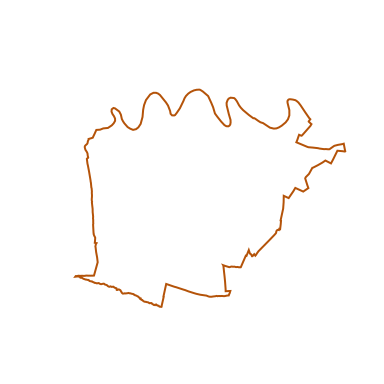 Ungheni, Iasi, Romania (orthographic projection), rotated 298°
{"feature_id": "2599482B66095426553968", "entity_name": "Ungheni", "entity_type": "district", "adm_level": 2, "iso_a3": "ROU", "parent_name": "Romania", "parent_adm1": "Iasi", "projection": "orthographic", "projection_center": [27.721, 47.204], "detail": "fine", "context": "isolated", "style": "outline", "palette": "amber", "viewbox_px": 384, "rotation_deg": 298, "n_neighbors": 0, "source": "geoboundaries", "source_scale": "gbopen_adm2", "svg_char_len": 5850}
<svg xmlns="http://www.w3.org/2000/svg" viewBox="0 0 384 384"><g transform="rotate(298 192 192)"><path d="M201.9,78.4L197.2,78.7L194.6,78.8L193.4,78.9L192.1,77.7L190.3,75.8L189.8,76.1L188.0,76.2L186.2,76.8L185.2,76.8L183.3,76.1L182.3,75.9L181.5,76.1L180.9,76.5L179.5,77.8L179.1,78.3L178.3,79.8L177.8,80.6L177.0,81.6L175.1,82.9L173.6,84.2L173.1,84.1L172.8,83.8L171.9,83.6L167.8,86.5L166.7,87.5L161.6,91.6L154.7,96.9L153.4,97.8L152.7,98.4L148.6,101.1L148.4,101.4L147.9,101.8L145.4,103.4L144.1,104.0L142.2,105.2L140.6,106.0L138.7,106.8L137.3,107.6L136.4,108.4L135.8,108.5L133.3,110.2L131.7,111.3L130.4,112.2L127.5,113.8L125.6,115.1L123.6,116.4L122.2,117.0L121.1,117.8L118.3,119.3L117.7,119.7L116.9,119.9L109.6,124.3L109.4,124.6L108.8,124.8L107.9,125.7L107.2,126.6L106.4,127.8L106.0,128.1L103.1,129.4L101.5,130.0L102.0,131.7L100.9,131.6L98.5,132.3L97.8,132.9L93.9,135.6L89.6,139.0L85.7,141.7L72.2,144.7L71.5,143.6L70.4,141.6L68.4,137.6L68.0,137.2L67.4,136.3L66.5,134.5L65.3,132.3L64.8,131.1L63.7,129.8L63.2,128.8L62.4,128.7L63.7,130.6L64.0,130.9L64.0,131.0L64.0,131.4L64.3,131.9L64.3,132.9L64.0,133.4L64.0,133.9L64.6,135.3L64.5,135.8L64.4,136.9L64.8,139.3L65.1,139.9L65.3,141.0L65.7,141.7L65.7,142.0L65.7,142.4L65.3,143.2L65.4,143.7L65.6,144.4L65.9,145.1L66.0,145.4L65.9,145.7L66.1,146.0L66.0,146.3L66.0,147.1L66.2,147.6L66.0,148.5L66.4,149.4L66.7,151.0L67.2,151.5L67.4,151.9L67.7,152.2L67.8,152.4L67.7,154.0L67.9,155.0L69.3,156.6L69.6,157.1L69.7,157.5L69.4,158.4L69.6,159.1L69.6,159.5L69.8,160.4L69.7,161.0L69.4,161.8L69.4,162.1L69.4,163.0L69.5,163.5L69.8,163.8L70.2,164.1L70.5,164.5L70.4,165.4L70.7,165.9L71.1,166.4L71.3,167.0L71.5,167.2L71.3,167.7L71.2,168.9L71.3,169.3L71.5,169.8L71.4,170.1L71.4,170.7L70.3,171.3L70.2,171.7L70.3,171.9L70.6,172.1L70.8,172.4L71.2,172.6L71.6,173.0L71.7,173.4L71.7,174.5L71.6,175.0L71.4,175.3L71.0,175.8L70.8,176.4L70.3,176.9L70.0,177.6L69.8,178.6L70.5,179.7L71.0,180.2L71.1,180.7L71.4,181.2L72.7,183.0L73.1,183.4L73.3,184.6L73.4,184.9L73.6,185.1L73.8,186.3L74.2,187.7L74.4,188.4L74.3,188.7L74.1,189.0L74.1,189.4L74.2,189.8L74.1,190.3L74.2,190.5L74.4,191.7L74.3,192.6L74.4,193.6L74.1,194.1L74.0,194.5L74.1,195.4L74.0,195.6L73.5,195.9L73.3,196.3L73.3,196.6L73.6,196.9L73.2,197.1L73.1,198.3L73.1,198.6L73.3,198.8L72.9,200.0L72.8,200.9L72.9,201.7L73.2,202.6L73.4,202.8L73.5,203.7L73.7,204.2L74.0,205.3L73.9,205.9L73.8,206.6L74.2,207.0L74.6,207.9L74.6,208.2L74.9,208.4L74.9,208.5L74.8,208.9L74.6,209.2L74.5,209.5L74.5,209.8L74.5,210.3L74.5,210.7L74.3,211.1L74.6,211.7L74.7,212.3L75.1,212.3L75.8,213.1L75.5,213.5L75.7,214.0L75.5,214.5L75.7,214.9L75.7,215.1L75.6,215.4L75.9,215.9L75.5,217.0L75.8,218.0L76.1,218.4L76.3,219.0L76.5,219.0L76.7,218.8L86.2,216.2L86.2,215.9L95.4,213.3L98.7,212.4L99.7,218.7L100.1,221.1L100.5,222.8L101.0,225.7L101.6,229.1L101.9,230.8L102.1,231.6L102.6,235.6L103.7,241.5L104.1,243.5L105.2,247.6L107.3,253.4L107.5,255.4L107.7,256.3L107.9,256.9L108.6,258.3L109.2,259.1L109.6,259.6L110.9,261.5L111.8,262.5L111.9,262.9L112.0,263.5L112.3,263.8L112.9,264.7L113.1,265.1L113.2,265.6L113.6,266.1L114.3,267.3L114.8,268.6L115.4,269.7L117.1,271.7L117.9,273.0L119.2,272.8L120.2,272.8L122.6,272.3L120.2,268.3L122.3,267.1L128.5,263.2L131.2,261.4L133.0,260.2L136.5,257.8L141.1,254.7L141.8,254.2L142.0,253.9L142.3,256.0L142.7,258.0L143.1,260.1L143.4,260.6L144.4,261.5L144.9,262.2L145.2,263.2L146.0,264.5L146.3,266.0L146.7,266.7L147.2,267.4L147.3,267.7L147.5,268.6L147.6,268.9L147.9,269.3L148.1,269.9L148.5,270.4L161.1,269.4L161.2,270.1L167.4,269.4L164.8,272.1L164.8,273.0L164.7,273.4L163.7,274.8L164.2,275.0L164.0,275.6L166.3,276.1L165.5,277.8L166.9,278.1L167.9,278.1L170.9,278.5L183.7,282.3L192.4,284.8L194.8,285.4L195.5,285.4L196.6,285.0L197.2,284.9L197.8,285.0L198.5,285.2L198.9,285.6L199.1,286.2L199.2,286.6L200.6,286.3L200.7,286.5L200.7,287.2L205.1,285.5L208.4,284.1L208.4,283.6L220.1,280.3L225.8,277.8L231.7,274.8L232.0,280.2L240.0,281.1L244.1,281.3L244.6,290.0L250.1,292.9L252.1,290.7L257.1,285.6L257.6,285.5L258.6,285.5L262.9,286.8L269.8,286.9L269.9,287.1L270.4,287.5L274.7,290.5L279.3,293.4L282.4,295.0L282.5,301.3L286.8,301.3L296.7,301.0L298.8,306.0L299.5,308.0L299.9,308.2L301.4,306.9L305.9,303.3L304.9,302.3L302.1,298.7L299.7,296.1L299.1,295.7L294.9,293.6L294.3,293.3L293.7,292.3L292.7,289.9L292.1,289.0L291.6,287.9L290.2,284.1L290.0,283.2L289.6,282.0L288.4,279.0L287.8,277.5L286.2,273.8L286.0,272.7L284.9,260.8L287.7,260.5L290.7,260.0L292.8,259.7L293.0,262.1L293.2,262.4L294.5,262.8L302.9,264.8L305.8,265.5L308.0,265.6L308.1,265.1L308.9,262.1L309.1,261.9L311.8,262.3L312.3,260.8L315.4,254.8L319.5,247.2L321.0,243.9L321.5,241.6L321.6,240.2L321.0,237.8L320.2,235.6L319.5,234.3L318.6,233.7L317.1,233.6L315.6,234.5L310.0,239.5L305.3,242.0L301.2,242.6L297.4,242.0L292.7,240.1L289.8,238.4L287.8,236.7L286.4,234.5L285.4,230.6L286.2,222.4L285.7,219.7L285.9,217.2L286.4,213.2L286.4,212.3L285.9,211.5L286.7,206.1L288.3,198.6L289.4,195.4L290.6,192.9L293.2,189.0L294.3,186.7L294.7,185.3L294.3,184.0L293.7,182.6L293.4,181.8L291.6,180.5L289.7,180.3L286.9,180.7L284.6,182.1L278.1,187.9L273.7,192.2L271.4,193.5L269.5,194.1L268.1,193.9L267.0,193.2L266.2,191.4L266.3,189.2L267.9,184.6L270.4,178.9L272.1,175.4L276.7,170.9L279.9,167.0L284.3,161.2L285.8,154.5L286.0,152.2L286.0,150.8L284.6,148.3L282.6,146.0L279.7,143.8L277.1,142.5L274.0,141.6L271.2,141.4L268.4,141.7L260.2,142.0L254.7,141.4L251.9,140.9L251.2,140.3L250.3,138.4L251.0,136.4L253.3,134.6L257.1,130.2L258.9,126.9L262.6,118.2L263.0,115.8L262.7,113.6L261.5,111.4L258.5,109.3L251.6,108.2L246.2,108.9L241.6,110.3L235.0,113.1L228.0,114.7L223.9,114.3L221.2,113.1L219.2,110.8L218.9,107.7L219.1,104.7L220.9,100.0L222.1,97.8L223.5,95.8L226.9,92.9L228.9,90.0L229.7,84.7L229.3,83.2L227.3,82.3L225.2,83.2L223.5,85.2L222.3,87.5L220.7,89.6L218.7,90.7L215.9,90.6L213.2,89.9L209.1,87.7L206.5,83.8L203.9,81.6L201.9,78.4Z" fill="none" stroke="#b45309" stroke-width="2"/></g></svg>